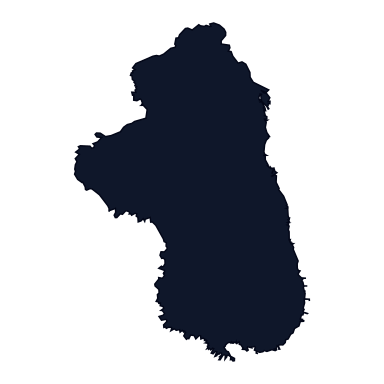 the district of Bataan, Bataan, Philippines
{"feature_id": "2640588B97763445928490", "entity_name": "Bataan", "entity_type": "district", "adm_level": 2, "iso_a3": "PHL", "parent_name": "Philippines", "parent_adm1": "Bataan", "projection": "orthographic", "projection_center": [120.476, 14.665], "detail": "fine", "context": "isolated", "style": "filled", "palette": "ink", "viewbox_px": 384, "rotation_deg": 0, "n_neighbors": 0, "source": "geoboundaries", "source_scale": "gbopen_adm2", "svg_char_len": 5990}
<svg xmlns="http://www.w3.org/2000/svg" viewBox="0 0 384 384"><path d="M268.7,89.9L253.3,82.3L250.1,77.2L249.9,72.4L245.8,64.2L242.0,61.9L238.1,63.1L232.8,56.2L231.1,51.6L228.3,51.1L229.9,47.8L229.3,45.2L221.2,44.0L221.2,40.7L225.6,35.5L225.7,32.3L224.1,29.1L219.4,25.1L213.7,23.0L209.8,24.0L210.9,26.3L209.6,26.5L206.1,25.4L204.3,26.4L200.4,25.8L198.8,24.7L192.2,30.0L187.8,28.1L185.4,28.5L179.6,34.7L178.5,37.8L176.0,38.1L174.8,44.2L175.8,45.5L175.2,47.3L170.8,48.3L163.7,54.1L159.3,56.1L156.5,55.5L153.0,56.2L135.9,63.6L132.6,67.9L135.1,69.6L132.5,71.0L132.8,72.7L131.3,72.9L130.5,75.4L132.0,75.8L132.4,79.5L134.6,81.1L134.0,82.3L135.6,83.9L134.9,85.7L136.6,86.7L135.8,87.7L136.7,89.0L135.1,90.1L135.9,92.4L131.8,92.2L132.5,95.2L133.8,94.9L133.7,100.2L136.9,100.7L140.2,98.9L141.2,99.7L142.6,103.4L141.8,104.2L142.6,104.7L141.6,105.3L143.3,105.3L147.2,109.5L145.9,118.2L134.5,121.5L131.9,123.4L127.3,124.6L123.6,127.3L120.4,131.8L111.1,135.6L105.5,136.6L100.3,133.2L96.5,133.0L95.1,134.4L96.9,137.0L101.7,137.5L97.7,141.9L93.0,143.7L94.5,145.3L93.9,147.4L91.8,148.4L90.0,146.2L80.3,145.8L78.4,146.7L79.5,148.2L78.9,149.6L75.7,152.1L79.4,154.3L75.3,158.6L77.0,161.7L75.4,164.7L74.8,169.2L75.5,171.3L74.6,174.2L77.7,179.4L82.0,182.5L82.7,182.1L85.2,186.8L85.5,189.5L86.7,190.1L90.0,188.6L92.0,188.9L99.5,194.8L107.8,205.7L109.1,208.5L109.0,211.6L109.4,210.6L115.4,208.4L115.7,212.3L114.2,215.2L115.3,217.6L116.8,217.6L120.3,213.8L122.5,214.3L125.6,210.9L126.9,210.9L128.9,211.6L129.8,213.1L129.2,213.9L131.0,214.0L131.6,215.2L135.0,213.3L136.8,213.8L136.2,216.1L137.9,217.3L138.2,221.9L141.0,220.9L143.2,218.6L144.7,221.3L145.2,219.2L150.2,217.4L150.7,222.1L152.4,222.0L155.8,225.3L163.4,238.9L164.1,241.6L166.3,242.6L166.1,246.2L167.3,247.7L167.0,249.0L164.4,251.9L161.0,251.8L160.0,255.3L161.7,258.4L163.3,258.1L164.9,259.6L165.1,263.6L163.6,266.3L162.3,266.9L161.4,266.2L158.8,268.3L164.5,270.4L164.7,271.8L163.8,272.4L164.3,273.3L163.5,273.6L164.5,275.6L162.4,278.3L158.7,277.6L158.8,279.1L154.8,284.1L155.1,286.0L158.9,289.4L159.1,293.0L157.4,294.6L157.8,298.3L156.2,301.4L158.4,301.9L158.8,303.3L160.4,303.1L160.2,305.7L163.1,306.5L163.7,308.4L161.0,310.4L162.3,310.5L164.5,313.3L163.3,315.2L159.0,316.5L161.5,320.2L165.6,319.4L166.8,320.1L166.8,321.5L163.6,324.9L163.9,327.4L165.5,326.9L166.3,328.3L168.5,327.3L171.2,327.4L171.9,328.0L170.9,330.7L174.3,328.8L176.2,330.3L179.6,329.6L180.1,332.1L182.2,330.4L183.7,332.0L183.6,330.9L184.7,331.2L185.6,332.4L183.8,335.9L186.4,339.3L187.9,338.3L188.8,338.7L190.6,335.1L194.1,335.5L195.8,338.9L199.1,335.6L200.6,335.8L200.9,339.0L203.0,338.2L204.5,338.9L204.5,340.4L205.8,339.9L206.8,340.7L206.0,341.4L206.6,342.4L205.5,342.9L208.5,343.4L207.9,344.7L208.7,345.4L207.4,346.2L207.8,347.8L207.2,348.4L207.0,348.7L208.6,348.1L208.7,349.1L209.5,348.5L210.7,349.9L212.6,348.2L213.7,348.6L211.2,353.1L213.1,353.8L215.2,351.5L216.8,351.8L214.9,356.4L216.7,355.7L217.8,353.7L218.9,354.3L220.1,352.9L221.5,353.2L221.3,355.3L219.6,356.8L220.6,357.1L218.9,359.7L220.1,359.8L223.1,355.1L224.4,354.8L225.4,355.5L225.0,359.1L226.8,356.8L226.7,355.6L228.5,355.2L230.8,356.9L230.5,359.6L231.3,359.2L233.0,361.0L234.4,360.7L234.5,358.4L230.6,356.3L228.4,351.8L226.4,351.1L223.9,347.1L225.3,346.1L225.7,344.0L225.6,344.9L227.7,342.8L230.4,342.3L230.8,342.9L231.6,341.7L232.2,342.5L232.8,341.9L232.4,343.1L233.5,343.1L234.0,342.1L235.6,342.8L236.2,341.6L236.7,344.2L236.8,342.4L237.4,343.6L237.4,342.4L238.6,342.5L239.3,340.7L239.3,344.3L241.0,344.9L243.0,348.0L242.4,349.3L245.3,349.5L246.9,351.0L248.2,350.1L247.2,347.7L247.7,346.8L251.6,347.8L251.3,347.2L254.6,346.5L255.3,347.4L254.4,350.1L256.4,351.0L256.2,353.1L258.0,353.6L256.4,353.0L256.4,351.1L259.7,352.3L262.9,351.7L264.1,350.5L266.9,351.4L271.9,349.7L275.2,350.6L276.1,350.1L274.6,348.9L275.5,348.6L275.7,349.4L276.2,349.3L276.4,349.2L275.6,348.6L276.7,347.8L277.2,345.7L278.6,346.7L278.9,349.2L279.7,349.1L279.3,348.3L279.8,348.1L280.0,348.0L279.2,348.3L278.5,346.2L279.1,344.8L282.9,344.9L285.2,342.6L285.7,339.7L288.1,339.0L290.6,334.3L293.0,332.9L294.5,328.5L298.9,326.0L300.3,321.5L301.8,321.4L300.3,320.5L303.7,321.0L303.8,319.9L303.6,320.9L302.3,320.7L302.5,319.4L300.3,319.0L301.4,315.0L302.9,314.9L303.6,312.7L304.4,312.7L306.7,313.5L307.4,313.6L307.5,313.5L304.5,312.5L303.6,312.6L303.0,310.9L304.1,309.7L303.2,308.0L304.6,302.9L304.2,299.2L309.3,299.2L309.3,300.5L309.4,301.0L309.3,299.2L304.5,298.9L305.1,293.3L304.3,291.4L305.5,290.9L304.3,291.1L303.3,287.4L304.2,286.0L307.3,286.0L303.7,285.9L302.9,282.1L301.6,281.2L303.2,278.3L306.0,278.2L301.5,277.9L298.4,275.0L298.3,273.5L300.0,270.9L298.4,270.5L297.3,268.4L297.2,263.7L298.1,261.0L293.2,249.3L293.6,247.4L292.1,244.7L293.3,243.7L291.0,243.7L290.4,242.5L291.1,242.2L289.8,241.6L290.3,239.6L289.2,239.8L289.1,231.6L288.3,229.9L289.1,226.1L287.2,225.0L288.4,224.6L288.1,223.1L289.0,222.8L287.6,222.4L289.2,221.6L288.1,219.9L289.1,219.9L289.5,218.0L288.8,218.1L288.1,215.8L287.7,208.7L286.5,208.3L287.9,207.9L287.7,206.4L286.4,205.7L287.1,204.8L283.6,196.2L278.6,189.6L279.1,188.4L276.1,182.3L276.4,175.8L274.8,174.8L272.0,176.5L271.6,176.1L276.9,172.7L274.9,171.3L274.1,168.7L273.4,169.4L272.4,173.0L272.1,173.0L273.7,168.1L271.4,168.4L270.3,167.0L270.1,168.0L267.4,165.7L268.2,165.2L265.3,159.8L265.2,155.7L263.1,155.4L266.5,155.3L264.7,154.2L263.9,152.0L264.6,144.6L266.3,140.2L268.8,137.7L268.5,136.4L269.4,136.4L266.8,132.5L265.3,127.4L266.2,122.5L265.6,121.3L267.3,120.2L264.9,120.2L264.4,119.1L266.8,118.6L266.8,116.6L264.6,115.7L265.2,115.2L264.1,111.1L264.9,110.9L263.8,110.5L263.9,109.7L265.3,109.9L265.2,108.8L264.6,107.8L262.6,108.0L264.6,107.2L261.6,101.8L260.5,101.9L261.1,101.1L259.5,100.7L260.0,99.5L258.9,99.2L258.8,97.4L260.1,93.9L262.4,94.5L261.1,94.4L260.8,95.6L261.5,100.9L266.8,106.4L268.2,109.1L268.8,108.7L267.2,106.2L268.1,105.6L268.2,103.6L269.9,103.8L270.0,101.3L268.0,101.5L269.8,97.7L266.7,93.6L263.4,92.6L260.8,90.2L266.2,92.4L268.7,89.9Z" fill="#0f172a" stroke="#020617" stroke-width="1.5"/></svg>